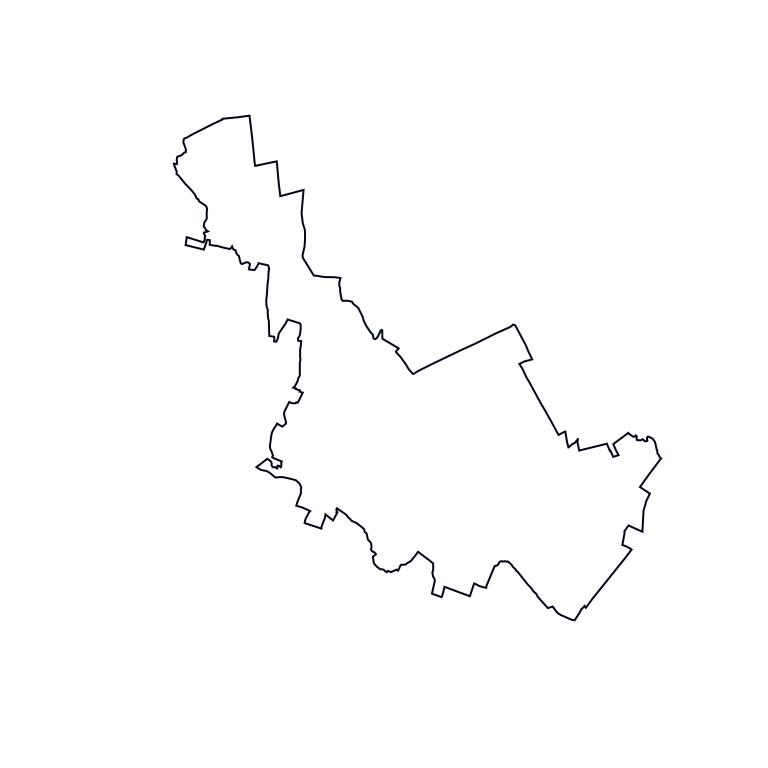 Baltati, Iasi, Romania, rotated 31°
{"feature_id": "2599482B27793001120965", "entity_name": "Baltati", "entity_type": "district", "adm_level": 2, "iso_a3": "ROU", "parent_name": "Romania", "parent_adm1": "Iasi", "projection": "equal_earth", "projection_center": [27.116, 47.24], "detail": "fine", "context": "isolated", "style": "outline", "palette": "ink", "viewbox_px": 768, "rotation_deg": 31, "n_neighbors": 0, "source": "geoboundaries", "source_scale": "gbopen_adm2", "svg_char_len": 6145}
<svg xmlns="http://www.w3.org/2000/svg" viewBox="0 0 768 768"><g transform="rotate(31 384 384)"><path d="M639.9,491.7L643.2,487.9L648.7,490.2L651.2,490.9L654.2,491.0L664.5,489.7L667.1,489.2L668.6,488.6L669.2,488.0L669.4,478.3L669.1,475.8L670.1,472.1L670.2,470.9L672.3,471.8L673.2,461.5L680.6,407.0L681.5,398.4L679.6,398.2L675.5,398.4L671.2,399.2L667.0,387.9L665.9,386.4L666.5,379.3L681.6,377.6L671.8,359.1L669.0,348.8L668.4,341.0L656.5,340.5L657.7,325.2L659.7,306.0L660.0,305.2L658.2,304.8L656.1,303.4L654.7,302.9L653.7,302.2L652.7,300.5L651.0,299.4L650.5,298.4L649.9,298.1L647.6,295.5L645.7,293.9L642.3,292.5L638.9,292.7L637.4,293.2L637.1,294.2L637.3,295.0L637.9,296.0L638.7,296.6L639.0,297.0L638.9,297.4L638.2,298.1L636.8,298.8L634.8,298.1L634.1,298.2L633.1,300.0L630.0,301.7L629.2,301.5L627.7,299.0L627.2,298.5L626.8,298.4L626.2,298.5L626.0,299.0L625.9,300.0L625.4,300.6L624.5,300.8L619.4,300.5L618.6,300.1L611.5,317.4L616.3,320.9L621.7,324.2L618.0,328.4L612.5,324.6L612.1,325.0L605.8,320.4L585.6,340.5L579.6,334.1L578.5,330.6L578.0,335.8L576.1,339.2L575.0,342.8L574.7,343.3L570.9,339.6L563.9,331.4L563.1,332.4L559.8,337.8L547.0,330.2L534.9,323.3L529.7,320.6L507.1,307.3L503.1,305.2L494.2,299.3L489.7,297.1L492.6,292.5L498.3,286.6L491.5,282.1L485.2,277.5L466.2,266.1L464.0,266.6L463.3,269.0L462.2,271.0L453.7,283.2L441.4,302.5L432.7,315.1L414.3,343.1L406.5,355.4L404.0,360.4L403.4,360.4L397.6,358.6L392.2,355.7L383.6,352.1L377.9,350.5L377.5,349.9L378.2,345.9L359.5,346.0L358.9,345.5L354.8,338.8L354.0,338.9L353.6,340.5L354.0,341.8L353.9,342.7L354.3,346.3L354.1,348.2L353.6,349.8L353.2,350.2L352.0,350.3L351.2,350.1L349.1,347.5L348.6,347.2L347.0,347.0L345.5,346.4L339.8,343.8L337.2,342.3L333.6,339.8L331.3,337.6L328.5,335.7L322.8,332.1L321.6,331.8L316.8,331.2L315.4,330.7L314.6,330.1L313.9,330.0L309.5,331.6L307.1,333.1L305.9,334.0L303.5,332.9L302.2,331.1L299.4,328.1L296.7,324.0L295.1,322.9L293.0,319.2L292.9,317.9L292.4,316.9L292.1,315.6L286.9,317.8L278.0,322.9L269.4,326.4L268.1,327.2L264.5,325.4L249.1,317.4L247.9,315.6L245.1,307.1L241.4,299.9L237.0,292.9L231.5,287.9L225.4,280.1L215.1,259.1L198.4,276.4L191.3,267.4L177.4,248.4L161.2,263.4L159.5,261.4L144.1,240.7L130.5,223.3L121.0,230.9L109.0,239.8L109.3,240.3L109.2,240.6L103.5,249.1L91.3,268.5L88.2,274.2L86.4,276.5L86.4,277.5L87.6,280.3L92.7,284.3L93.6,285.3L94.7,287.5L93.6,288.6L92.7,292.1L89.8,295.6L89.9,296.3L91.0,298.9L92.9,301.2L93.2,301.8L93.2,302.2L90.4,303.3L90.9,304.0L96.9,308.7L98.1,310.9L100.3,311.1L110.3,314.7L118.8,317.0L122.6,318.3L125.5,319.6L127.6,321.4L129.0,321.2L130.1,321.5L130.8,322.4L131.8,322.7L137.3,322.9L139.3,323.1L140.5,323.5L141.3,324.4L142.1,324.9L143.9,328.7L146.8,333.4L147.0,334.5L146.8,337.9L148.2,341.6L148.9,342.2L150.3,342.5L151.9,343.6L154.5,343.8L151.7,347.0L151.9,347.5L152.5,348.0L154.6,349.3L155.0,351.2L155.9,352.0L156.1,353.2L156.0,353.6L156.4,354.6L156.2,355.4L156.3,355.6L139.3,359.7L142.4,367.1L160.3,361.6L159.2,355.7L158.2,352.1L158.2,351.3L160.6,350.4L163.0,354.5L168.5,352.3L169.3,351.7L177.2,349.5L182.5,347.6L182.9,344.3L184.7,345.8L186.4,346.2L187.9,345.8L190.0,347.8L191.4,348.6L193.1,348.8L194.4,349.6L196.3,351.8L199.1,354.3L199.5,354.4L200.9,354.1L201.7,352.5L203.7,350.3L204.6,349.9L206.1,349.8L207.3,350.2L209.2,355.3L214.0,353.3L214.3,352.6L214.5,351.3L214.6,348.3L214.3,345.0L217.3,344.1L223.3,342.0L225.1,343.1L226.2,344.5L227.4,347.5L230.4,353.0L232.6,358.1L238.0,368.5L239.4,371.8L242.0,376.2L243.0,377.2L243.4,378.0L246.3,380.4L247.6,382.9L250.9,387.4L252.9,389.4L260.9,401.9L265.5,400.1L266.5,401.3L267.8,404.1L269.9,403.3L269.5,399.2L268.0,395.7L267.8,394.3L268.5,382.9L268.2,378.3L280.8,375.3L282.2,376.4L283.9,379.1L286.1,383.8L286.8,386.1L286.9,388.1L286.7,388.7L286.9,389.7L288.1,391.1L288.8,391.0L290.6,389.8L291.1,390.1L293.4,395.0L294.3,397.6L297.2,402.3L297.7,403.5L299.7,406.0L300.3,407.2L300.5,408.2L301.0,409.3L307.4,419.9L307.6,421.4L307.4,422.4L308.5,426.5L308.8,431.3L308.1,433.9L310.5,433.2L310.7,433.8L315.2,432.8L315.6,434.0L318.8,433.3L319.6,441.5L319.6,444.5L318.3,444.8L318.3,445.7L318.1,446.1L314.8,448.0L312.0,448.2L312.8,458.4L313.2,460.1L313.6,461.0L314.7,462.3L320.0,467.6L320.3,468.5L318.8,472.9L312.7,473.0L312.9,475.5L312.6,478.7L312.9,482.8L313.5,485.1L314.4,487.3L318.0,495.6L319.7,498.0L322.3,499.7L325.6,502.4L325.9,504.4L328.1,504.3L336.3,503.1L336.5,504.5L337.5,505.8L338.4,507.7L338.3,508.6L336.0,508.2L334.8,508.9L334.9,509.7L336.0,510.9L335.9,511.5L333.1,511.5L331.7,512.6L331.0,512.5L329.2,511.2L328.7,510.0L327.7,509.0L325.8,508.4L322.5,508.2L317.5,520.9L322.6,521.1L327.9,519.2L329.0,519.0L332.1,519.0L339.0,520.1L342.9,517.3L345.3,515.9L354.6,512.8L358.3,511.9L362.1,512.7L364.3,513.7L366.4,515.4L367.2,517.3L369.1,520.5L370.5,529.4L371.5,533.5L376.9,532.1L381.7,531.4L386.2,531.0L385.8,532.8L386.2,536.6L386.0,537.8L386.6,541.5L387.6,544.1L404.8,540.2L403.7,537.6L402.4,529.6L401.0,526.0L410.6,527.2L410.2,518.4L409.8,518.6L409.4,518.5L409.4,517.5L408.4,517.0L407.5,515.2L407.6,514.8L418.8,515.5L422.2,516.8L424.2,517.1L426.5,518.0L432.4,517.3L440.1,518.3L441.8,518.8L443.6,520.6L445.3,520.9L446.7,521.6L449.1,524.4L450.5,525.7L453.7,526.6L455.0,527.2L457.3,530.2L457.8,532.0L459.1,533.2L460.2,533.6L461.7,533.2L463.8,533.6L464.7,534.1L463.5,537.7L465.8,540.8L467.9,543.1L472.6,544.4L476.2,544.7L478.8,543.4L483.0,544.0L483.4,543.2L483.5,542.3L486.8,541.6L490.5,536.5L492.1,536.8L492.1,534.9L491.6,531.6L491.7,530.3L495.7,527.5L496.1,525.6L497.8,522.8L498.3,521.2L499.2,515.0L499.6,510.3L513.7,511.8L518.6,512.5L522.0,518.2L522.3,519.3L522.4,520.4L524.5,523.0L525.8,524.1L527.3,524.8L528.1,525.5L529.0,526.8L533.1,539.0L543.2,537.0L542.3,532.8L540.3,526.7L566.9,521.7L564.0,508.6L566.0,508.2L569.4,508.1L573.0,507.3L576.6,506.0L575.8,504.4L572.8,484.3L572.9,484.1L572.5,483.3L572.6,482.9L573.9,482.0L574.7,480.6L574.9,479.5L574.7,479.1L574.9,478.1L574.6,477.2L574.8,476.7L575.9,475.4L576.7,475.0L577.3,475.1L578.8,473.6L580.8,473.2L581.4,472.3L586.5,473.2L588.2,474.2L592.3,475.2L593.3,475.9L595.5,476.2L610.7,481.9L615.3,483.1L619.3,484.9L621.2,485.1L623.1,485.7L625.2,487.2L626.3,487.4L630.4,488.8L639.9,491.7Z" fill="none" stroke="#020617" stroke-width="2"/></g></svg>